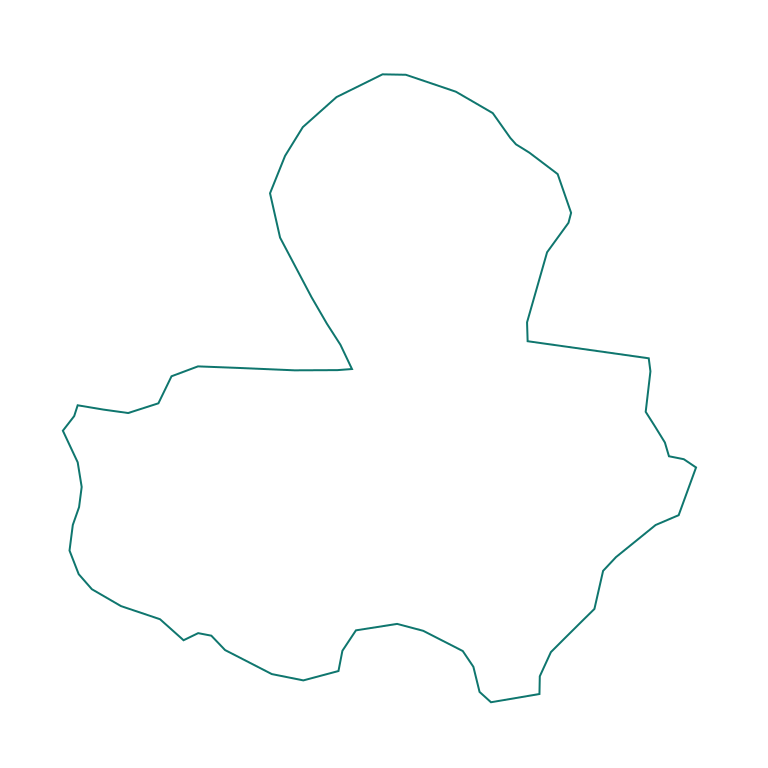 Aragats, Aragatsotn, Armenia, rotated 184°
{"feature_id": "60910142B99974391467530", "entity_name": "Aragats", "entity_type": "district", "adm_level": 2, "iso_a3": "ARM", "parent_name": "Armenia", "parent_adm1": "Aragatsotn", "projection": "albers", "projection_center": [44.244, 40.628], "detail": "fine", "context": "isolated", "style": "outline", "palette": "teal", "viewbox_px": 768, "rotation_deg": 184, "n_neighbors": 0, "source": "geoboundaries", "source_scale": "gbopen_adm2", "svg_char_len": 1137}
<svg xmlns="http://www.w3.org/2000/svg" viewBox="0 0 768 768"><g transform="rotate(184 384 384)"><path d="M207.3,85.6L208.2,103.3L198.8,128.2L186.8,142.0L169.1,162.2L158.4,174.3L152.4,212.9L140.5,227.5L103.2,262.3L87.2,270.5L80.9,273.7L66.9,322.5L79.7,329.9L94.7,331.8L99.7,345.2L110.6,360.4L121.0,374.5L119.1,415.2L121.7,428.1L243.7,436.7L245.6,455.5L230.5,526.8L211.2,557.7L209.3,567.8L225.4,605.5L255.1,624.9L269.1,632.3L272.3,635.5L275.1,638.2L294.4,661.8L332.7,680.6L383.8,694.0L407.1,692.8L451.4,666.9L482.9,634.6L498.6,604.7L511.0,566.3L497.9,522.8L462.4,465.6L445.2,440.2L430.2,420.1L417.0,396.7L431.4,394.6L474.3,391.4L529.7,389.9L570.8,388.6L596.5,376.9L607.7,349.0L637.2,337.2L662.1,338.9L688.1,341.4L690.8,330.4L701.1,315.0L684.1,284.5L678.4,260.2L679.6,239.9L684.6,221.7L685.1,213.2L686.1,195.9L675.3,173.0L661.1,158.9L630.9,144.1L591.0,133.7L568.5,116.3L566.1,114.4L552.0,122.5L538.7,120.9L524.0,107.5L475.7,86.8L443.8,82.7L409.4,94.5L406.9,114.9L406.6,115.5L394.8,136.3L354.2,145.6L329.1,140.8L327.6,140.5L286.8,123.1L275.1,108.1L267.2,83.5L255.1,74.0L207.3,85.6Z" fill="none" stroke="#0f766e" stroke-width="2"/></g></svg>